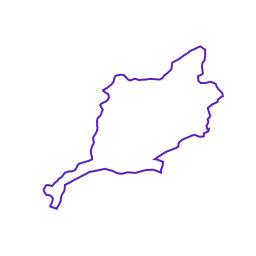 Zakho, Dihok, Iraq, rotated 340°
{"feature_id": "34846034B3570372403108", "entity_name": "Zakho", "entity_type": "district", "adm_level": 2, "iso_a3": "IRQ", "parent_name": "Iraq", "parent_adm1": "Dihok", "projection": "mercator", "projection_center": [42.817, 37.203], "detail": "fine", "context": "isolated", "style": "outline", "palette": "violet", "viewbox_px": 256, "rotation_deg": 340, "n_neighbors": 0, "source": "geoboundaries", "source_scale": "gbopen_adm2", "svg_char_len": 2892}
<svg xmlns="http://www.w3.org/2000/svg" viewBox="0 0 256 256"><g transform="rotate(340 128 128)"><path d="M227.3,80.6L226.1,79.3L224.0,76.1L222.8,76.1L219.5,76.3L216.4,76.7L214.3,76.7L212.0,77.1L209.2,78.2L205.2,78.9L201.1,80.2L198.1,80.9L193.1,81.5L191.7,82.0L190.5,84.6L189.1,87.2L187.8,88.3L184.9,89.4L182.3,90.5L180.5,91.0L179.9,91.1L177.4,92.9L174.3,93.3L171.9,92.2L165.1,89.2L163.2,89.0L159.7,88.1L157.2,87.2L156.0,87.2L154.8,86.8L151.5,84.1L150.1,84.1L147.0,84.1L145.8,83.7L144.7,82.6L143.5,79.8L142.1,76.7L139.3,75.4L135.0,74.7L133.8,75.0L132.9,75.8L131.3,77.8L130.3,79.6L127.2,81.5L122.3,83.1L119.0,83.7L117.6,83.9L117.4,84.8L118.1,85.5L119.3,87.4L120.9,89.2L120.9,91.4L120.4,93.1L118.1,94.9L116.7,95.5L113.6,95.7L110.6,96.2L109.6,97.3L109.6,97.9L110.1,100.1L110.6,102.1L108.9,103.8L107.9,105.4L107.0,106.2L106.1,107.1L103.7,107.8L102.3,109.1L101.4,110.6L99.7,115.6L99.5,117.4L98.1,119.8L95.3,122.6L92.9,124.1L91.9,125.5L91.3,127.2L91.2,129.4L90.1,131.1L87.7,133.3L85.9,135.7L84.6,138.8L84.2,141.8L84.2,143.3L83.5,145.1L81.1,145.5L75.0,145.1L69.8,144.9L68.0,145.7L65.3,148.4L63.5,149.5L62.8,149.5L60.7,149.5L57.4,148.6L54.6,148.4L52.9,148.8L49.6,151.0L48.2,151.6L46.1,151.9L44.7,152.7L43.2,153.8L41.6,154.0L38.5,155.6L37.3,156.4L36.4,156.4L34.5,154.9L32.7,154.0L31.2,154.0L29.4,155.6L27.7,156.9L27.5,159.3L27.9,161.5L28.2,162.8L30.1,163.8L31.9,164.9L32.7,166.5L33.3,168.6L32.4,170.2L31.3,171.7L28.0,175.0L30.8,177.4L33.3,179.5L34.7,178.1L36.4,176.9L38.2,175.2L39.6,173.8L41.1,170.7L41.8,169.5L43.9,167.4L45.8,166.0L46.9,165.0L48.5,161.8L49.2,159.9L51.8,159.6L54.3,159.4L59.1,158.5L70.1,157.1L77.1,156.1L78.4,156.4L83.9,157.3L88.8,158.0L92.5,158.5L94.0,159.7L98.0,162.3L102.5,166.7L105.1,168.4L107.7,169.1L112.6,169.5L116.6,171.4L119.9,172.8L122.1,172.9L127.1,173.3L130.9,173.8L136.7,175.5L137.8,176.1L140.8,178.5L143.7,181.3L144.7,178.7L147.6,175.2L149.4,171.7L145.9,168.8L143.9,167.0L142.6,166.5L145.7,165.5L148.4,165.0L149.6,164.7L150.9,164.4L152.9,163.9L156.2,163.4L166.4,163.2L168.8,162.7L169.8,160.8L170.6,159.4L172.3,158.5L175.9,157.5L178.4,157.3L181.8,157.3L184.7,157.0L186.7,157.0L188.3,157.5L189.3,158.0L191.6,160.3L195.5,161.8L196.4,161.5L197.3,159.9L197.6,158.9L199.1,158.9L200.9,158.7L201.9,158.7L202.3,158.4L203.0,157.8L203.8,156.4L202.3,156.3L202.3,155.4L202.3,153.1L203.6,151.9L205.5,150.2L205.9,146.9L208.3,145.8L209.5,144.8L209.5,142.2L209.6,138.9L209.8,136.5L212.3,135.6L215.5,134.6L221.0,134.2L221.6,132.8L222.7,131.8L224.5,131.3L226.1,130.7L227.9,130.7L228.3,129.3L228.5,127.4L227.4,124.8L226.1,122.2L225.6,119.9L225.4,118.7L225.6,117.9L225.6,117.0L225.0,115.9L223.5,114.6L222.0,113.3L220.6,112.6L216.9,112.3L215.2,111.9L211.7,110.7L210.3,107.6L211.5,103.2L215.1,103.2L216.2,102.7L217.1,102.2L217.5,100.3L218.0,98.2L218.5,95.4L219.9,93.0L220.9,91.9L222.7,90.9L224.3,88.3L225.6,85.5L226.3,83.4L227.3,80.6Z" fill="none" stroke="#5b21b6" stroke-width="2"/></g></svg>